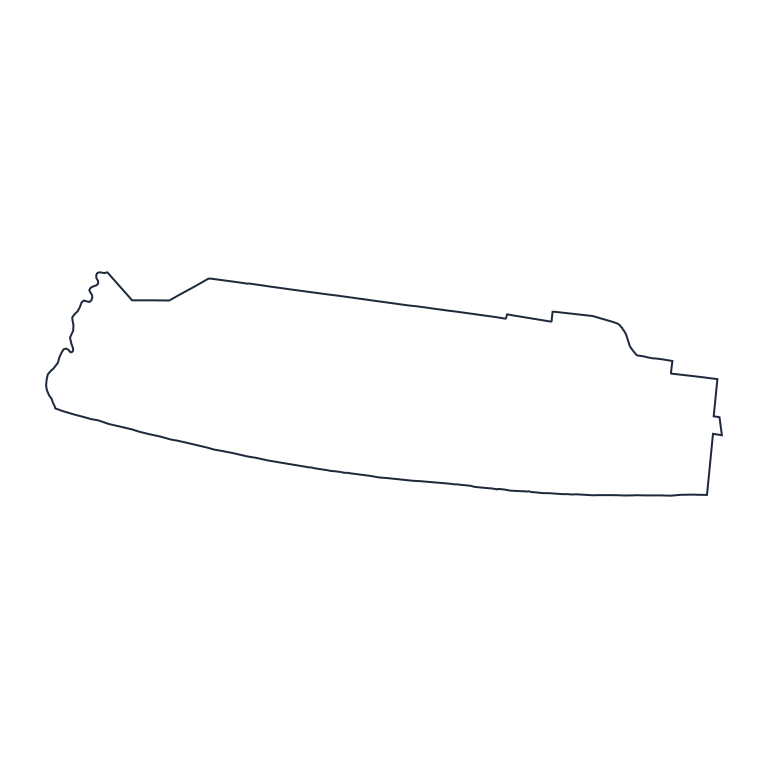 Sipacate, Escuintla, Guatemala (Robinson projection)
{"feature_id": "79465075B96502800486536", "entity_name": "Sipacate", "entity_type": "district", "adm_level": 2, "iso_a3": "GTM", "parent_name": "Guatemala", "parent_adm1": "Escuintla", "projection": "robinson", "projection_center": [-91.165, 13.962], "detail": "fine", "context": "isolated", "style": "outline", "palette": "slate", "viewbox_px": 768, "rotation_deg": 0, "n_neighbors": 0, "source": "geoboundaries", "source_scale": "gbopen_adm2", "svg_char_len": 2665}
<svg xmlns="http://www.w3.org/2000/svg" viewBox="0 0 768 768"><path d="M652.3,358.3L652.0,358.2L647.8,357.4L646.0,356.9L642.7,356.2L638.1,355.6L637.0,355.2L636.4,354.9L632.4,349.9L629.9,346.3L629.1,344.0L628.3,341.4L625.9,334.0L623.7,330.4L622.6,329.1L622.2,327.9L621.5,327.4L619.2,324.6L616.6,323.2L611.4,321.5L601.1,318.5L592.5,316.0L554.8,311.8L552.6,311.8L552.0,316.9L551.6,321.2L550.9,321.6L520.3,316.6L511.8,315.2L507.2,314.3L505.9,318.4L505.4,318.7L496.6,317.2L455.4,311.5L447.9,310.6L416.8,306.3L408.2,305.4L373.4,300.6L337.4,295.6L329.1,294.6L291.8,289.6L276.2,287.4L270.1,286.6L263.0,285.5L249.1,283.5L247.6,283.7L237.5,282.2L211.4,278.7L208.5,278.6L195.4,286.1L180.1,294.4L169.3,300.5L151.1,300.3L132.1,300.3L107.4,272.4L107.1,272.4L105.9,272.6L104.4,273.1L102.1,272.7L99.3,272.3L97.3,273.1L96.3,274.9L96.3,277.9L98.1,281.1L98.1,282.1L98.1,283.7L96.4,285.3L93.0,286.5L91.4,287.4L90.6,287.8L89.3,290.1L90.1,292.0L92.1,295.2L92.3,297.6L91.4,300.2L91.2,300.4L89.7,301.9L87.0,301.5L85.1,300.9L83.7,300.6L81.6,302.4L79.9,307.0L77.6,311.3L74.0,314.8L72.2,317.6L72.6,320.9L73.4,324.9L73.4,326.9L73.2,330.5L71.6,334.1L70.0,337.7L71.3,343.4L73.1,348.5L73.1,350.7L72.2,351.8L71.8,352.2L70.5,352.2L69.1,350.7L68.4,349.9L66.4,348.6L63.8,349.2L61.6,352.5L59.2,357.8L58.2,361.8L57.9,362.8L53.3,368.7L51.3,370.3L50.0,371.8L47.8,374.4L47.3,376.6L46.6,379.8L46.1,385.5L46.9,390.2L49.1,395.4L51.6,398.8L53.3,403.7L54.4,405.5L54.7,406.5L55.3,408.4L62.7,411.1L69.1,413.0L76.0,415.0L82.6,416.7L91.0,419.1L98.1,420.3L108.8,424.0L132.0,429.4L139.2,431.7L148.9,434.1L160.5,436.6L171.1,439.6L177.2,440.6L188.6,443.2L207.6,447.7L213.8,449.5L220.1,450.6L232.0,452.9L247.7,456.5L255.9,457.8L268.2,460.5L287.2,463.7L290.1,464.2L299.9,465.8L308.8,467.3L311.5,467.5L314.7,468.3L327.4,470.2L330.4,470.9L334.5,471.2L340.0,471.9L344.5,472.8L347.2,472.8L351.8,473.5L369.6,475.8L379.3,477.5L387.4,478.1L413.1,480.8L420.6,481.2L445.3,483.3L450.4,483.8L454.1,484.3L456.7,484.3L461.3,484.9L463.1,485.0L470.5,485.8L474.8,486.9L486.0,488.0L492.3,488.5L497.3,489.4L497.9,488.9L504.3,489.5L510.2,490.6L515.1,490.9L523.3,491.3L524.6,491.2L526.8,491.6L528.6,491.3L531.8,492.1L536.1,492.4L542.6,493.1L549.3,493.2L561.7,494.1L567.0,494.1L572.0,494.5L576.6,494.3L584.7,494.8L593.4,495.3L598.4,495.1L605.3,495.1L617.4,495.2L623.3,495.5L632.2,495.4L637.3,495.2L644.9,495.4L660.5,495.4L671.0,495.7L676.2,495.2L681.2,494.8L693.9,494.6L698.1,494.8L707.0,494.9L712.6,437.8L713.0,433.8L714.1,434.0L721.9,435.2L719.5,417.2L713.7,416.3L717.4,379.1L710.0,378.2L703.3,377.3L690.5,375.8L671.2,373.6L671.0,372.5L672.4,361.0L662.2,359.3L656.0,358.5L652.3,358.3Z" fill="none" stroke="#1e293b" stroke-width="2"/></svg>